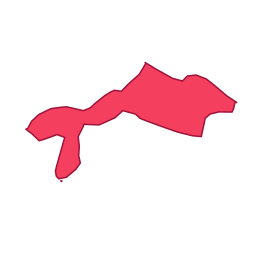 outline of Sayat, Chardzhou, Turkmenistan, rotated 15°
{"feature_id": "10190150B8136820559785", "entity_name": "Sayat", "entity_type": "district", "adm_level": 2, "iso_a3": "TKM", "parent_name": "Turkmenistan", "parent_adm1": "Chardzhou", "projection": "robinson", "projection_center": [65.56, 38.029], "detail": "fine", "context": "isolated", "style": "filled", "palette": "rose", "viewbox_px": 256, "rotation_deg": 15, "n_neighbors": 0, "source": "geoboundaries", "source_scale": "gbopen_adm2", "svg_char_len": 1108}
<svg xmlns="http://www.w3.org/2000/svg" viewBox="0 0 256 256"><g transform="rotate(15 128 128)"><path d="M117.0,85.4L112.1,94.2L105.2,95.1L102.2,97.4L97.1,102.8L89.7,112.9L88.4,115.1L86.4,118.3L80.4,122.8L63.3,123.4L59.2,124.8L48.8,129.1L44.9,132.3L38.9,137.6L37.8,139.0L33.2,146.3L32.5,149.0L31.4,154.0L29.8,155.6L35.0,157.8L35.9,158.0L37.0,158.6L45.5,163.3L50.8,160.0L60.7,153.1L61.2,152.7L69.3,153.5L68.9,182.9L69.1,188.5L71.3,193.2L74.3,195.0L81.2,191.6L88.3,181.4L91.0,174.2L88.5,169.3L87.5,167.4L85.7,158.3L82.1,149.2L84.4,137.8L84.3,135.9L84.8,135.8L99.3,132.5L113.0,121.3L113.8,119.9L118.1,113.2L118.5,112.6L131.8,112.6L132.2,112.9L137.2,115.6L146.7,116.6L157.4,117.6L176.8,119.1L192.4,118.8L201.0,117.3L200.1,98.7L201.7,96.3L203.6,93.4L209.5,90.1L211.7,88.9L224.3,85.7L225.0,82.4L224.7,74.6L215.1,71.4L201.4,64.9L191.1,60.4L180.0,59.2L171.9,62.4L168.5,68.5L158.2,68.5L140.7,64.1L127.1,60.2L128.5,60.9L125.1,73.0L121.8,78.1L120.3,80.3L117.0,85.4ZM77.8,196.4L76.4,196.2L77.5,196.8L77.8,196.4ZM224.7,74.6L226.1,75.3L226.2,75.1L224.7,74.6Z" fill="#f43f5e" stroke="#9f1239" stroke-width="1.5"/></g></svg>